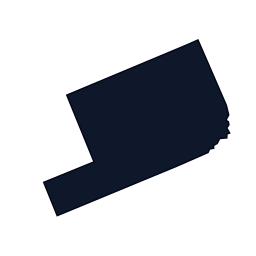 Adams, Washington, United States of America, rotated 337°
{"feature_id": "52423323B7193910850758", "entity_name": "Adams", "entity_type": "district", "adm_level": 2, "iso_a3": "USA", "parent_name": "United States of America", "parent_adm1": "Washington", "projection": "orthographic", "projection_center": [-118.309, 46.999], "detail": "fine", "context": "isolated", "style": "filled", "palette": "ink", "viewbox_px": 256, "rotation_deg": 337, "n_neighbors": 0, "source": "geoboundaries", "source_scale": "gbopen_adm2", "svg_char_len": 438}
<svg xmlns="http://www.w3.org/2000/svg" viewBox="0 0 256 256"><g transform="rotate(337 128 128)"><path d="M84.5,73.8L83.5,145.9L29.2,145.1L28.6,181.0L159.2,182.2L192.1,181.8L195.0,179.2L199.0,180.1L199.8,177.5L204.0,177.1L208.3,173.5L215.1,175.7L216.7,172.2L219.6,172.3L218.9,166.6L222.1,164.5L222.8,161.3L221.1,159.2L225.8,155.3L227.4,145.5L226.8,74.3L214.9,74.5L84.5,73.8Z" fill="#0f172a" stroke="#020617" stroke-width="1.5"/></g></svg>